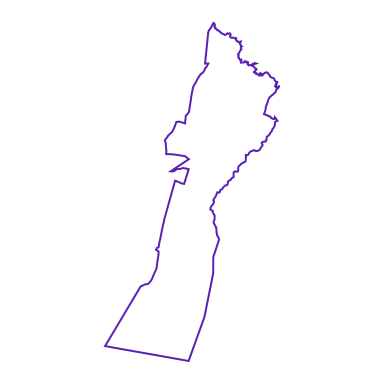 the district of Faleata West, Tuamasaga, Samoa
{"feature_id": "51752279B40564950197350", "entity_name": "Faleata West", "entity_type": "district", "adm_level": 2, "iso_a3": "WSM", "parent_name": "Samoa", "parent_adm1": "Tuamasaga", "projection": "orthographic", "projection_center": [-171.814, -13.871], "detail": "fine", "context": "isolated", "style": "outline", "palette": "violet", "viewbox_px": 384, "rotation_deg": 0, "n_neighbors": 0, "source": "geoboundaries", "source_scale": "gbopen_adm2", "svg_char_len": 4279}
<svg xmlns="http://www.w3.org/2000/svg" viewBox="0 0 384 384"><path d="M213.3,257.1L219.0,239.8L218.9,238.7L218.2,237.1L217.0,235.2L216.9,233.6L216.4,231.9L216.6,230.3L216.2,229.0L216.3,227.8L215.0,225.3L213.8,223.2L213.7,221.3L214.6,219.6L214.6,217.3L214.6,215.4L212.6,212.1L212.8,210.9L210.4,209.6L210.7,207.2L211.2,206.4L213.1,204.1L214.0,202.0L214.0,201.2L213.3,200.4L213.7,199.1L215.2,197.2L216.2,195.2L217.3,192.3L219.4,192.6L219.9,191.9L220.0,190.6L220.8,189.7L221.8,189.4L224.1,186.4L225.0,185.7L225.9,185.2L226.9,185.2L227.7,184.1L227.8,182.2L228.4,181.1L229.8,180.2L231.0,179.6L231.5,178.3L233.6,177.1L233.6,172.9L234.0,171.9L234.9,171.3L236.6,171.7L237.6,171.7L238.1,171.0L238.3,167.2L238.9,166.0L240.7,164.5L242.3,163.0L244.9,162.0L245.6,161.2L245.8,158.4L246.1,156.8L245.7,155.8L245.9,155.0L247.9,154.9L248.7,154.1L249.3,152.7L250.6,151.4L251.5,151.3L253.4,150.3L254.4,150.2L255.8,151.2L258.3,150.7L259.6,149.8L260.4,148.7L261.1,147.2L262.6,145.4L262.5,144.5L261.7,143.5L261.8,142.6L262.7,141.8L263.7,141.9L265.6,141.5L265.7,140.4L266.5,140.2L266.6,139.5L266.6,137.4L267.0,136.6L268.0,136.0L268.8,135.2L269.9,133.9L270.6,132.4L271.7,131.3L272.6,128.8L273.1,128.5L274.4,126.5L274.7,125.6L275.0,124.0L275.0,122.4L275.7,121.5L277.4,120.9L275.6,118.1L274.8,117.1L274.1,119.1L272.8,118.8L270.9,117.9L270.6,116.8L268.7,116.2L268.8,116.0L266.2,114.9L264.0,114.2L265.3,110.6L265.5,109.9L265.9,106.4L267.2,103.6L268.0,100.6L268.7,99.0L269.5,97.4L271.1,96.0L272.3,95.0L275.6,92.1L275.8,91.1L276.4,89.5L278.6,87.6L278.9,86.4L278.3,86.6L276.0,87.2L275.6,86.6L276.1,85.2L275.4,85.5L275.9,83.8L277.0,83.2L277.3,82.2L277.2,81.9L275.8,81.6L274.4,79.9L274.2,78.9L273.9,78.3L271.5,77.5L270.2,76.7L269.6,75.1L269.0,74.7L268.2,73.8L268.0,73.1L266.7,72.3L265.9,72.4L264.3,73.2L263.3,74.5L262.9,74.3L262.3,75.4L261.2,75.4L261.7,74.2L261.7,73.9L260.6,73.8L260.4,73.1L259.7,73.5L259.0,75.4L258.2,74.8L258.1,74.4L256.2,73.9L256.3,73.1L255.4,72.7L254.6,72.8L253.9,72.2L254.1,71.7L256.5,69.5L256.2,68.8L254.7,67.9L253.6,66.2L252.5,66.0L252.5,65.1L253.2,64.4L253.9,64.0L255.2,63.8L256.2,63.5L255.0,63.0L254.2,63.6L252.8,63.7L252.3,64.5L251.3,65.2L250.9,64.9L249.5,65.1L248.7,65.4L247.8,64.5L247.7,63.9L248.2,63.0L248.1,62.4L247.0,62.5L246.8,61.7L245.7,61.6L245.1,61.3L245.0,62.2L243.7,62.5L243.2,62.3L241.9,62.7L241.0,62.7L240.6,60.8L241.5,60.0L241.3,59.5L239.8,59.5L239.4,58.9L238.7,58.3L238.9,57.4L238.4,57.2L238.2,55.7L238.6,55.3L238.2,54.7L238.2,53.8L239.1,53.2L239.7,51.6L240.7,49.9L241.4,49.3L240.8,48.4L240.9,46.9L241.7,46.4L240.9,46.0L240.8,44.8L240.1,44.4L239.7,43.4L239.7,42.8L240.8,42.0L240.8,41.5L239.4,42.3L238.1,41.9L237.7,41.2L237.1,41.2L236.2,40.3L236.0,39.8L236.3,38.3L235.7,38.0L235.3,38.5L232.9,37.6L231.7,37.8L231.0,37.7L230.1,36.8L229.9,36.1L230.6,35.1L230.6,34.2L229.9,33.4L229.0,33.4L228.4,33.8L227.6,33.3L227.0,33.5L226.7,34.0L225.5,34.9L224.5,34.7L223.9,34.3L222.4,33.6L221.6,33.4L221.0,32.7L220.2,32.2L219.9,31.4L218.5,30.9L217.8,30.0L217.2,30.0L216.9,29.5L215.3,28.5L215.4,27.5L214.6,27.2L214.5,25.8L214.9,25.5L214.9,24.9L214.4,24.4L214.5,23.8L213.4,23.0L211.1,27.5L208.7,30.7L208.1,33.5L205.5,59.3L205.0,63.5L208.3,63.5L206.7,66.6L205.4,67.9L204.2,70.7L202.9,72.6L200.8,74.0L198.8,76.8L197.2,79.5L195.8,82.4L193.3,86.6L192.7,88.6L192.7,89.1L192.3,91.2L191.3,96.2L190.8,100.3L188.9,112.1L187.3,114.3L185.9,115.5L185.0,123.4L179.5,121.6L178.9,121.8L176.4,121.9L175.2,125.2L173.5,129.4L172.1,131.9L170.3,133.6L168.0,135.8L167.3,137.1L165.1,139.7L164.9,140.7L165.5,142.2L165.8,143.7L165.8,145.1L166.4,150.7L166.2,154.0L168.3,154.2L170.3,154.1L176.5,154.8L185.1,156.2L188.8,159.2L170.7,171.3L172.9,171.5L174.0,171.2L176.4,169.4L177.8,169.0L180.0,169.0L182.2,168.2L183.1,168.1L185.5,168.4L188.7,169.2L184.1,183.9L182.9,183.7L181.7,183.4L178.6,182.0L175.1,180.7L164.4,218.9L163.6,222.9L163.0,224.9L162.6,227.2L162.0,229.7L160.4,238.2L159.3,242.8L158.7,246.9L158.2,247.5L157.1,247.7L156.0,249.7L156.6,250.2L158.3,251.2L158.6,251.6L158.5,254.1L158.3,256.0L157.3,262.2L157.2,263.4L156.9,265.3L156.6,268.0L156.2,269.2L154.0,274.1L153.0,276.2L152.3,278.4L150.6,281.2L149.8,282.2L148.4,283.7L147.5,284.1L145.4,284.3L140.6,286.5L105.1,346.1L124.5,349.6L163.6,356.5L175.9,358.7L188.6,361.0L204.4,317.1L213.2,273.3L213.3,257.1Z" fill="none" stroke="#5b21b6" stroke-width="2"/></svg>